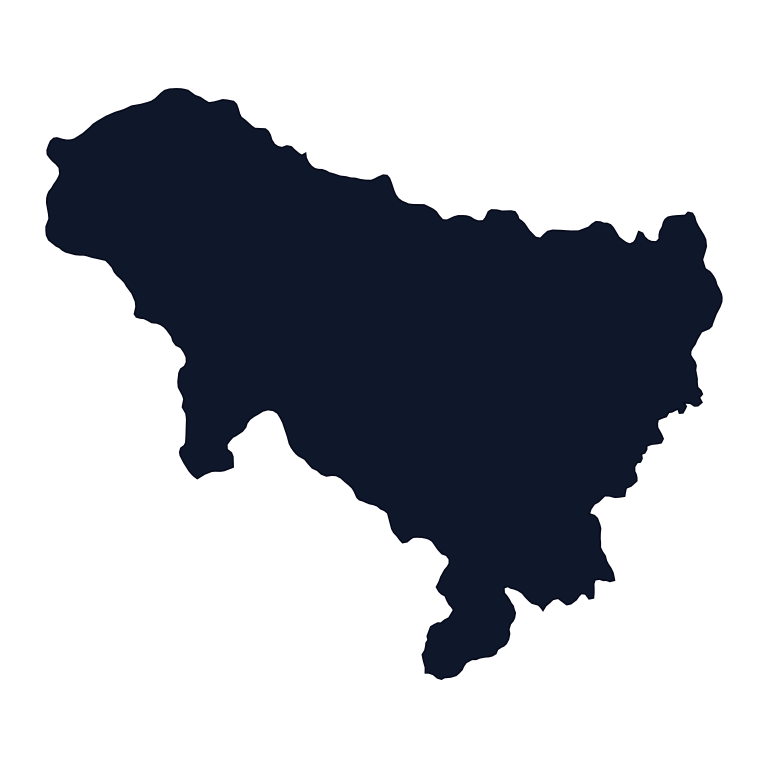 Bonfinópolis de Minas, Minas Gerais, Brazil (Mercator projection)
{"feature_id": "56859067B95286677835822", "entity_name": "Bonfinópolis de Minas", "entity_type": "district", "adm_level": 2, "iso_a3": "BRA", "parent_name": "Brazil", "parent_adm1": "Minas Gerais", "projection": "mercator", "projection_center": [-46.185, -16.522], "detail": "fine", "context": "isolated", "style": "filled", "palette": "ink", "viewbox_px": 768, "rotation_deg": 0, "n_neighbors": 0, "source": "geoboundaries", "source_scale": "gbopen_adm2", "svg_char_len": 6078}
<svg xmlns="http://www.w3.org/2000/svg" viewBox="0 0 768 768"><path d="M265.4,129.0L254.9,128.5L251.7,126.3L244.7,120.0L241.1,117.3L239.4,113.7L238.0,108.7L236.4,104.3L233.6,101.5L227.0,100.2L222.5,99.8L218.9,100.9L213.8,102.2L208.8,102.9L204.7,100.5L200.3,97.5L195.0,95.6L188.0,90.5L184.6,89.6L181.2,89.0L176.3,88.8L169.4,89.2L164.7,90.6L161.4,93.1L155.5,98.8L151.7,101.3L147.7,102.7L140.6,104.6L131.7,106.1L124.1,109.7L120.8,110.8L115.2,112.5L106.2,116.4L97.3,121.6L93.0,124.5L90.4,127.2L83.1,133.6L74.4,139.1L70.8,140.1L66.7,140.3L62.3,139.5L57.0,137.9L53.6,138.4L50.5,141.3L48.7,145.5L47.1,150.2L47.4,154.4L50.1,158.1L52.9,161.2L56.0,163.8L59.2,167.6L59.9,173.9L58.7,177.0L56.8,180.5L54.1,184.3L51.7,188.4L49.0,191.7L47.7,194.8L46.9,198.0L46.7,202.8L48.7,214.2L49.1,218.8L46.1,226.6L46.1,230.6L46.5,235.1L48.7,239.9L56.3,246.0L59.5,247.5L62.3,250.0L65.7,251.9L75.3,254.5L79.9,254.9L83.8,254.9L87.7,255.8L92.2,257.2L96.5,258.1L105.7,260.2L108.9,263.4L112.3,267.4L114.4,272.0L117.2,275.3L121.0,278.7L124.6,282.5L126.5,285.9L132.0,293.3L135.5,301.5L136.0,306.9L134.4,314.1L136.4,317.0L140.3,318.1L143.9,318.4L147.7,320.2L151.7,322.5L156.8,323.0L160.7,324.5L164.0,326.8L166.7,329.6L171.7,336.5L173.1,341.2L175.9,345.1L180.9,347.6L184.1,352.4L186.3,357.1L186.5,362.2L184.6,366.3L180.7,369.0L179.0,372.9L178.0,381.8L178.5,387.4L182.8,395.6L183.9,399.2L182.4,407.1L186.0,413.5L186.7,418.9L186.2,435.5L185.8,442.7L184.3,445.6L180.8,448.2L179.7,452.2L180.3,455.6L184.1,462.9L189.1,470.8L191.5,473.7L193.8,476.0L197.3,478.6L204.7,474.0L211.6,471.3L214.7,471.0L220.5,471.1L224.0,470.6L233.2,467.1L232.9,456.7L231.4,452.8L227.1,449.5L226.8,444.5L229.7,440.6L232.7,437.2L236.0,435.5L242.5,431.1L245.7,427.1L246.9,423.2L249.8,419.3L253.7,416.4L257.8,414.1L262.8,411.0L267.7,409.6L273.2,410.4L277.7,413.2L280.7,418.2L282.9,422.7L287.5,436.4L289.4,443.6L291.1,447.0L293.7,450.8L296.0,453.5L298.6,455.8L304.8,459.2L308.3,463.6L312.3,468.0L317.3,470.3L321.3,474.0L326.4,476.0L331.7,475.2L336.2,475.5L341.1,478.0L345.0,481.6L348.8,484.7L352.2,487.9L354.2,491.1L357.0,497.5L359.4,499.8L362.6,500.7L365.9,502.2L369.7,503.7L373.3,504.4L377.3,505.9L380.7,508.8L384.4,510.4L387.7,513.1L391.8,528.8L393.7,532.4L397.2,536.1L399.8,539.7L402.5,542.7L407.1,541.8L410.4,539.0L413.3,537.2L416.9,537.0L421.6,537.2L426.4,538.1L429.5,539.3L432.4,541.3L437.9,549.3L441.9,553.7L446.4,555.3L449.3,559.2L449.3,563.6L447.4,566.9L444.7,570.0L440.9,576.9L439.2,581.7L436.4,587.1L439.0,591.5L441.5,593.9L445.2,595.9L446.9,600.2L449.1,604.3L451.5,606.8L453.6,610.0L448.9,617.9L444.5,620.2L440.9,623.2L437.7,623.0L434.3,624.7L430.7,626.8L427.2,636.2L428.1,640.0L426.1,642.9L425.7,646.6L424.9,650.4L422.3,654.6L423.5,660.7L425.4,667.5L425.3,672.9L428.6,672.9L433.2,674.4L437.3,677.9L441.5,679.2L444.5,677.6L450.9,677.0L456.1,675.4L459.4,672.5L462.1,669.6L463.5,666.3L466.1,662.6L471.9,659.4L476.1,659.4L479.6,657.9L484.8,656.9L489.0,656.6L492.4,655.7L495.9,653.6L497.5,649.5L500.8,647.3L503.8,645.9L506.2,643.7L508.5,639.3L509.6,633.8L508.8,629.3L510.4,624.0L513.0,620.9L514.5,617.7L515.3,612.9L514.1,609.7L513.1,605.9L511.1,603.4L509.2,599.7L507.1,596.5L504.2,593.0L503.9,587.8L507.8,586.4L510.6,588.0L513.7,588.7L518.0,590.3L522.3,593.1L525.3,596.8L529.0,600.6L531.9,603.1L538.5,605.0L540.9,607.5L543.0,610.5L545.7,605.9L549.5,602.7L553.0,599.4L558.2,598.3L566.7,604.7L570.9,603.8L576.2,599.8L579.0,595.9L581.4,593.5L585.5,594.0L589.0,598.9L593.5,598.0L593.9,592.8L593.9,588.3L593.7,583.9L595.0,579.8L599.5,579.1L603.0,580.3L606.6,580.3L609.9,581.5L614.5,580.3L613.7,576.0L612.9,572.6L610.9,568.4L608.2,564.4L606.4,560.8L605.2,556.0L602.3,551.7L600.3,547.5L600.4,543.1L600.0,538.5L600.1,533.3L600.6,528.5L599.8,525.2L597.4,518.5L594.5,515.6L589.3,513.8L590.9,509.0L594.3,504.1L598.5,501.8L604.8,495.7L609.7,495.9L614.8,497.3L619.3,497.0L624.7,496.2L625.2,492.7L626.2,488.0L631.0,486.1L636.8,480.9L636.8,477.7L636.1,474.4L634.6,471.4L634.6,466.7L637.1,462.6L640.5,462.0L642.1,458.5L641.4,454.2L644.8,452.9L646.7,449.4L646.7,446.0L651.5,444.2L657.3,443.6L661.2,442.8L663.2,438.8L661.4,434.5L657.6,427.7L657.3,423.6L658.1,419.7L662.4,417.9L666.3,416.6L668.7,412.4L672.0,411.9L678.0,408.8L679.4,413.2L682.9,412.9L684.9,409.4L686.3,406.4L684.1,402.9L690.4,403.3L694.5,406.0L697.9,405.8L702.0,402.4L699.4,397.6L702.4,394.2L701.0,390.8L697.6,387.3L697.1,382.9L697.1,378.7L695.5,370.0L696.1,365.7L694.9,361.9L692.4,358.3L690.5,355.1L690.7,351.3L692.1,348.3L695.2,343.9L696.9,339.7L701.5,331.8L709.0,328.6L711.7,326.1L712.6,323.0L716.1,313.9L719.9,306.7L721.7,301.7L721.9,297.6L721.3,294.2L719.2,289.4L716.9,285.2L715.3,279.8L713.1,275.9L710.2,272.1L705.2,268.7L702.4,259.7L704.9,251.6L706.3,246.4L705.6,239.6L703.6,235.2L698.3,226.6L695.9,221.8L694.5,216.7L692.4,213.3L688.0,212.3L685.2,215.4L676.2,215.9L672.3,216.3L668.0,217.2L665.3,219.3L663.6,222.2L662.4,226.8L660.0,231.2L659.2,234.8L659.2,238.9L656.3,241.9L651.4,241.6L647.9,240.1L644.7,237.1L642.6,233.2L638.7,231.5L635.6,239.8L633.6,242.4L629.8,244.1L625.9,242.6L622.7,240.3L618.9,237.3L613.3,227.9L610.6,224.9L607.1,223.4L603.7,223.4L600.4,222.0L595.9,221.7L591.9,224.3L588.7,227.3L578.6,231.1L571.5,231.2L565.0,230.9L561.9,230.6L552.7,230.3L547.6,231.5L543.7,235.0L540.4,238.4L535.5,237.3L529.1,230.7L524.3,223.6L521.7,221.1L518.9,219.3L517.5,215.4L515.0,211.8L510.9,211.0L502.0,211.3L496.9,210.1L491.4,209.9L488.4,211.7L485.5,217.9L483.1,220.9L478.1,221.1L474.2,219.7L470.4,217.2L466.8,216.1L463.6,215.8L458.2,215.8L453.9,217.0L447.1,220.2L442.6,219.9L439.0,215.8L436.2,211.8L433.1,209.4L427.1,206.3L424.1,204.9L412.8,204.7L408.6,204.2L402.0,201.4L398.3,198.7L395.5,194.8L393.8,190.8L391.3,183.1L389.4,178.2L387.0,175.5L383.2,175.1L378.3,177.2L374.7,179.1L371.3,180.5L365.7,180.4L360.4,179.7L355.4,178.4L350.3,178.1L346.4,177.0L340.4,176.3L333.4,174.0L329.2,172.9L325.9,171.0L322.0,169.7L318.4,169.6L314.7,168.7L311.4,166.3L308.4,162.6L306.1,157.8L305.6,153.2L301.7,155.4L298.3,153.2L294.5,150.0L291.3,146.8L286.8,145.9L282.0,147.7L277.7,146.6L274.4,144.3L271.7,140.0L270.1,134.7L268.1,131.3L265.4,129.0Z" fill="#0f172a" stroke="#020617" stroke-width="1.5"/></svg>